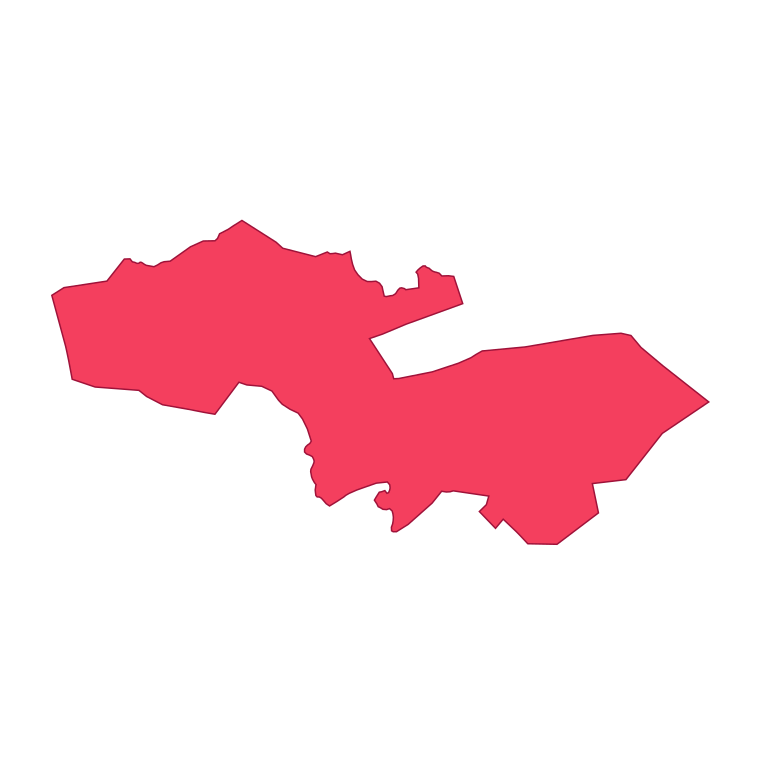 Shinkafi, Zamfara, Nigeria (Robinson projection), rotated 174°
{"feature_id": "59680162B85493721249292", "entity_name": "Shinkafi", "entity_type": "district", "adm_level": 2, "iso_a3": "NGA", "parent_name": "Nigeria", "parent_adm1": "Zamfara", "projection": "robinson", "projection_center": [6.482, 13.036], "detail": "fine", "context": "isolated", "style": "filled", "palette": "rose", "viewbox_px": 768, "rotation_deg": 174, "n_neighbors": 0, "source": "geoboundaries", "source_scale": "gbopen_adm2", "svg_char_len": 2702}
<svg xmlns="http://www.w3.org/2000/svg" viewBox="0 0 768 768"><g transform="rotate(174 384 384)"><path d="M340.4,491.9L339.0,489.8L338.6,485.4L339.3,476.0L352.5,475.5L353.6,476.7L356.4,477.8L358.2,477.7L360.3,476.0L362.8,472.9L363.6,472.3L366.1,471.1L368.4,471.1L372.5,470.7L374.6,471.3L375.4,477.8L375.7,480.9L377.9,484.7L381.3,487.1L386.0,487.2L390.0,487.7L394.7,490.6L398.5,495.4L401.3,500.5L402.7,506.2L403.4,511.7L403.7,516.4L404.0,519.5L411.8,516.9L415.4,518.1L418.6,519.2L421.3,519.1L424.1,519.2L426.6,521.2L438.7,517.8L470.5,529.6L476.5,536.3L508.2,561.5L517.2,557.1L522.8,554.1L531.8,550.6L534.3,546.2L537.1,544.1L548.8,545.1L562.1,540.7L583.8,528.5L589.9,528.6L593.1,527.9L596.9,526.0L600.5,524.7L608.1,526.9L609.7,528.0L611.1,529.2L612.5,530.3L613.8,530.6L615.2,529.7L617.1,529.8L619.1,531.0L621.5,531.8L622.4,533.2L623.5,535.0L629.2,535.4L648.8,515.3L692.2,513.3L705.1,506.9L696.7,454.9L696.0,448.8L695.1,439.9L693.6,421.3L671.6,411.2L650.2,407.3L628.4,403.3L621.4,396.4L606.4,386.5L581.6,379.4L565.6,374.5L555.3,371.6L528.1,400.9L520.5,397.4L505.8,394.5L496.2,388.7L490.6,378.9L487.3,374.5L480.1,368.7L472.4,364.0L468.7,357.7L464.9,347.3L463.0,338.1L462.3,334.8L464.0,332.6L466.4,331.3L468.4,329.7L469.8,327.5L470.1,324.7L468.4,322.5L465.4,321.0L462.9,319.3L462.0,317.0L461.5,314.7L462.0,312.9L463.5,310.1L465.6,306.8L466.1,304.4L465.9,302.3L465.7,299.3L465.0,296.7L463.5,293.2L462.1,291.0L462.5,289.9L462.8,288.5L463.5,285.8L463.5,283.0L463.4,280.2L462.3,278.7L460.2,278.4L458.7,277.4L457.7,276.3L456.2,274.2L454.0,271.0L450.9,268.4L443.1,272.1L435.7,275.9L433.6,277.3L430.0,278.9L422.2,281.4L415.6,283.0L402.0,286.2L390.9,286.2L388.8,283.1L388.8,279.9L389.5,277.8L390.8,275.5L392.5,275.0L394.3,277.9L397.6,277.1L400.0,276.9L403.5,272.5L405.7,269.5L403.6,265.4L402.6,262.6L400.5,261.3L398.2,259.5L394.5,258.8L393.7,259.0L391.5,259.5L390.3,258.1L389.5,257.3L389.2,257.0L388.7,254.0L388.6,250.6L389.2,246.9L390.1,243.8L391.2,241.6L391.6,240.8L391.8,237.2L390.3,236.1L387.0,235.8L374.6,241.9L348.6,260.5L337.9,271.3L333.3,270.1L329.5,269.9L326.3,270.5L291.5,261.6L294.8,253.3L302.5,247.2L288.2,228.8L279.6,237.1L267.9,223.4L264.5,219.1L257.7,210.1L228.7,206.5L184.2,233.4L187.2,263.2L153.4,263.6L112.4,305.8L62.9,332.2L104.8,373.0L124.6,393.5L133.3,406.4L143.0,409.7L171.1,410.5L239.9,406.1L282.9,406.6L289.3,403.8L294.9,401.0L307.8,396.9L334.9,391.0L368.8,387.9L373.8,388.2L374.6,393.5L393.7,430.7L380.2,433.8L356.1,441.1L297.3,455.7L303.4,483.7L308.5,484.9L315.2,485.4L317.5,488.4L320.2,489.6L322.0,490.2L324.1,491.3L326.0,493.2L326.9,494.3L328.5,495.1L329.8,495.8L330.6,497.1L332.9,497.3L335.8,495.7L338.3,493.9L340.4,491.9Z" fill="#f43f5e" stroke="#9f1239" stroke-width="1.5"/></g></svg>